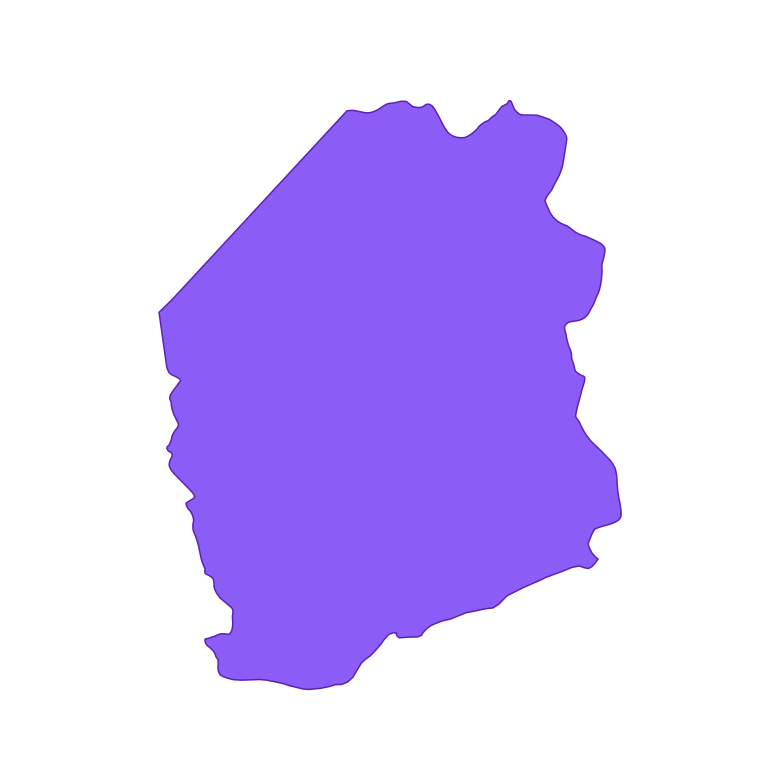 the district of San Antonio de Flores, Choluteca, Honduras, rotated 161°
{"feature_id": "27666195B54922271453671", "entity_name": "San Antonio de Flores", "entity_type": "district", "adm_level": 2, "iso_a3": "HND", "parent_name": "Honduras", "parent_adm1": "Choluteca", "projection": "albers", "projection_center": [-87.34, 13.649], "detail": "fine", "context": "isolated", "style": "filled", "palette": "violet", "viewbox_px": 768, "rotation_deg": 161, "n_neighbors": 0, "source": "geoboundaries", "source_scale": "gbopen_adm2", "svg_char_len": 6171}
<svg xmlns="http://www.w3.org/2000/svg" viewBox="0 0 768 768"><g transform="rotate(161 384 384)"><path d="M557.6,532.4L573.4,525.0L583.9,470.7L584.0,469.5L583.9,467.8L583.6,465.2L583.3,464.4L582.9,463.5L581.5,461.6L578.6,458.9L576.3,456.3L575.8,455.6L575.4,454.7L575.2,454.1L575.2,453.5L575.7,453.0L577.5,451.9L582.1,448.6L586.5,445.7L589.2,443.5L589.9,442.7L590.5,441.8L591.1,440.6L591.4,439.5L591.4,438.7L591.2,437.1L591.2,435.9L591.3,435.1L592.0,433.1L592.2,431.9L592.5,429.8L592.6,426.9L592.6,423.6L591.5,414.9L591.4,413.4L591.6,412.4L592.2,411.4L593.2,410.3L594.3,409.5L597.0,407.9L600.2,405.1L601.5,403.5L602.8,401.3L603.4,400.3L605.4,398.0L606.4,396.9L607.0,396.4L607.8,396.0L608.9,395.5L609.5,395.1L610.0,394.4L610.3,393.8L610.2,392.4L609.6,390.8L609.1,390.0L607.9,389.0L607.6,388.5L607.3,387.5L607.3,386.3L607.6,385.5L608.0,384.7L608.7,383.8L609.9,382.8L610.9,381.7L612.4,379.7L613.1,378.4L613.5,377.2L613.7,375.8L613.6,374.4L613.4,372.8L612.7,370.4L611.9,368.1L607.1,357.9L602.8,348.9L601.2,345.4L600.0,342.4L599.7,341.0L599.6,340.2L599.7,339.5L600.1,338.8L600.7,338.2L601.2,338.0L601.9,337.7L609.2,336.1L609.9,335.7L610.2,335.0L610.3,333.2L610.1,331.1L609.6,329.1L608.6,327.0L608.2,325.6L607.8,322.8L607.8,320.2L608.0,318.7L608.4,317.2L608.9,316.0L610.1,314.0L610.7,312.8L611.4,310.5L612.0,308.2L612.0,306.0L611.7,300.3L611.8,294.8L612.1,291.2L613.8,277.6L613.9,275.5L613.8,271.6L613.3,267.4L613.8,266.7L614.3,265.7L614.6,264.6L614.7,263.8L614.6,263.1L614.2,262.4L611.8,259.9L610.3,258.0L609.5,256.7L609.1,255.5L609.0,254.6L609.1,253.3L609.7,250.6L610.6,248.0L610.8,246.9L610.8,245.8L610.8,244.2L610.6,242.3L610.2,240.1L609.4,237.4L608.8,235.5L608.1,234.1L601.2,222.6L600.7,221.2L600.6,220.3L600.6,219.4L600.8,218.4L601.1,217.3L602.5,214.7L603.2,213.0L604.8,207.3L605.9,204.5L607.3,201.9L608.0,200.9L609.5,199.2L610.6,198.4L611.6,198.0L612.5,198.0L613.6,198.4L615.9,199.6L619.1,200.8L619.9,200.9L622.2,201.0L627.2,200.6L629.8,200.8L633.1,200.7L635.4,201.1L636.1,201.0L636.5,200.6L636.8,199.5L637.0,198.4L637.0,196.9L636.7,195.4L636.4,194.5L634.3,191.1L632.9,188.4L632.2,186.8L631.9,185.7L631.7,184.0L631.6,182.4L631.7,180.9L630.6,177.5L632.0,172.9L633.2,170.4L634.1,166.6L633.7,162.5L631.6,159.8L627.3,156.5L622.5,153.4L615.2,150.4L597.9,145.1L591.6,142.3L584.7,138.3L577.4,133.9L570.8,129.0L559.7,121.9L554.3,119.6L542.9,116.9L534.6,115.8L527.8,115.5L521.9,113.7L515.4,114.1L509.0,116.8L503.6,121.3L496.3,127.5L491.4,129.7L485.9,131.3L480.3,134.0L471.4,139.1L466.7,142.6L461.1,145.6L456.4,145.8L453.4,144.5L453.9,143.4L453.6,141.0L452.0,138.9L448.6,138.1L442.0,136.3L435.2,134.0L430.7,134.0L428.6,135.7L425.8,137.5L422.2,139.2L418.0,140.4L413.1,140.8L405.8,141.0L397.8,140.1L381.4,141.0L361.1,138.4L353.6,136.8L347.0,138.5L336.6,143.7L319.1,146.1L311.2,146.8L301.6,147.5L294.2,148.4L284.3,148.7L276.2,148.8L266.4,149.4L258.6,148.4L254.9,145.4L250.8,143.0L246.8,143.7L242.8,145.8L238.6,148.8L239.7,150.5L240.6,152.0L241.8,155.0L242.3,156.4L242.7,158.7L243.1,161.6L243.2,164.0L243.0,166.0L242.8,166.7L242.2,167.5L239.9,170.3L235.8,174.9L233.4,177.1L232.6,177.7L231.6,178.2L229.3,178.4L224.6,178.4L216.6,177.9L213.8,177.9L210.7,178.1L208.5,178.5L206.5,179.0L205.0,179.8L203.7,180.8L202.9,182.0L202.4,183.1L201.4,186.4L200.3,191.3L199.8,193.9L199.2,199.0L197.8,206.7L196.4,212.5L194.6,218.6L193.8,221.8L193.1,226.5L193.0,228.2L193.0,230.0L193.4,232.3L194.0,234.9L194.8,237.4L195.7,239.7L199.8,248.6L206.4,261.5L207.0,262.9L208.6,267.3L209.5,270.2L210.2,273.1L211.0,278.1L211.7,284.0L212.4,287.0L213.2,289.6L213.3,290.6L213.1,291.5L212.8,292.3L208.6,299.5L204.9,304.8L198.7,314.1L194.1,320.5L193.0,322.5L192.1,324.7L192.1,325.1L192.2,325.6L192.6,326.3L194.8,328.2L197.8,331.8L198.6,333.2L198.8,334.5L198.8,335.7L198.4,338.8L198.3,340.6L198.3,344.5L198.2,346.5L197.9,348.3L197.0,351.2L196.7,352.9L196.7,355.1L197.0,359.1L196.9,361.5L196.5,367.0L195.7,372.1L195.5,375.7L195.2,377.9L194.9,378.7L194.4,379.5L193.8,380.2L193.1,380.8L192.3,381.3L191.3,381.7L189.4,382.3L188.5,382.3L180.6,381.0L178.4,380.7L176.3,380.8L174.7,380.9L173.4,381.2L171.9,381.7L169.9,382.6L168.1,383.7L167.3,384.4L165.0,386.8L160.2,390.9L158.9,392.3L155.0,397.0L152.1,399.8L150.9,401.2L149.8,402.7L147.8,405.9L145.9,409.2L144.6,411.7L141.9,417.7L140.9,420.2L139.9,423.8L139.0,426.0L138.0,427.7L135.7,431.0L133.6,434.5L131.5,438.5L131.2,439.8L131.1,441.2L131.7,443.1L132.8,445.5L133.8,446.8L136.9,450.1L143.5,456.4L145.4,458.1L148.9,460.5L151.0,462.3L152.9,464.5L154.3,466.3L155.1,467.4L157.0,470.6L158.6,472.8L159.7,474.1L162.9,476.9L164.6,478.6L165.8,480.0L166.7,481.1L167.9,483.1L169.4,485.9L169.7,486.7L170.5,489.2L171.1,491.5L171.3,492.8L171.9,499.4L172.1,504.1L172.1,505.0L171.8,505.5L169.6,507.6L168.1,508.9L165.8,510.6L163.1,512.3L161.6,513.6L158.5,516.7L152.5,522.2L150.3,524.4L147.7,527.4L145.3,530.5L143.8,532.7L140.6,538.6L134.1,550.9L131.4,556.1L131.2,557.0L131.0,558.0L131.1,559.9L131.2,561.3L131.9,564.6L133.0,568.0L133.6,569.3L134.7,571.2L136.7,574.3L139.3,577.7L141.7,580.6L144.2,582.6L151.5,588.2L154.4,589.3L164.1,592.8L166.8,594.0L167.6,594.6L168.5,595.7L169.5,597.4L170.3,599.0L171.1,601.0L171.3,602.2L171.6,606.8L171.8,609.7L172.1,610.3L172.5,610.7L173.0,611.0L173.3,611.1L173.8,611.1L174.2,610.9L175.3,609.7L175.9,609.2L176.5,608.9L178.7,608.5L181.5,608.2L182.1,608.1L182.9,607.7L184.8,606.5L189.4,603.3L191.5,602.1L193.6,601.7L195.0,601.3L196.2,600.8L197.8,599.9L199.1,599.4L200.5,599.1L202.2,599.0L203.7,598.8L206.1,598.2L208.0,597.6L210.5,596.5L212.8,594.9L214.1,594.2L217.7,592.7L219.6,592.1L223.5,591.1L226.5,590.8L227.4,590.8L228.5,591.0L231.7,592.0L234.7,593.5L236.4,594.6L237.6,595.6L238.7,596.7L240.0,598.3L241.0,599.9L241.7,601.2L242.5,603.9L243.5,607.8L245.3,620.3L246.8,628.1L247.5,630.2L248.3,631.8L249.2,632.9L250.2,633.8L251.4,634.3L252.3,634.5L253.1,634.5L254.5,634.3L256.6,633.6L258.7,633.5L260.1,633.7L262.1,634.5L264.8,635.9L266.6,637.1L270.8,643.8L272.8,644.8L275.4,645.6L276.9,645.9L282.7,646.5L287.8,647.6L289.5,647.8L291.7,647.5L293.9,647.1L298.9,645.7L302.3,645.1L305.9,644.9L309.0,645.1L311.0,645.6L313.8,646.8L323.0,652.2L324.1,652.7L325.3,653.2L327.1,653.7L330.1,654.3L557.6,532.4Z" fill="#8b5cf6" stroke="#5b21b6" stroke-width="1.5"/></g></svg>